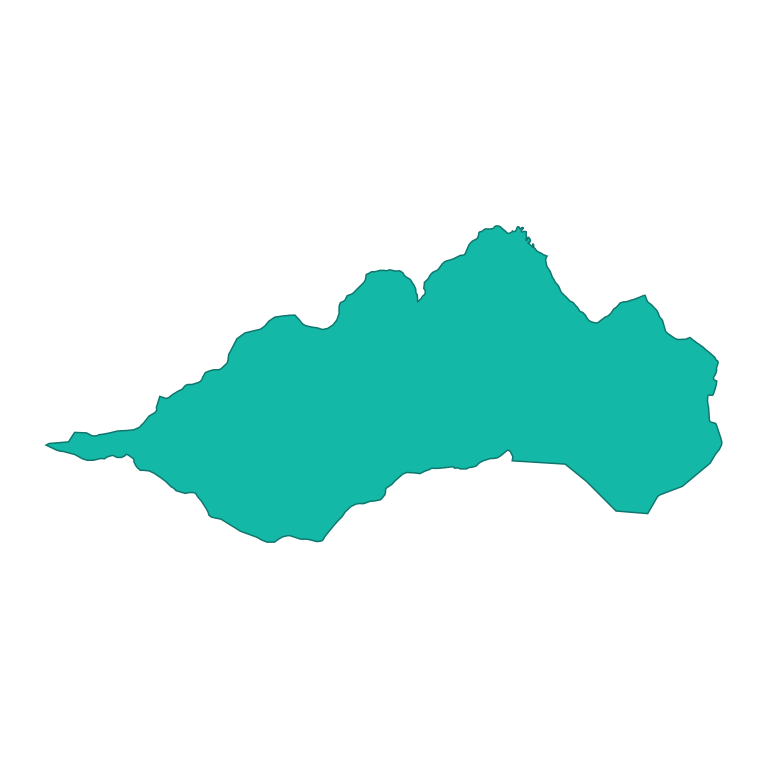 outline of Poienile Izei, Maramures, Romania
{"feature_id": "2599482B51572516473215", "entity_name": "Poienile Izei", "entity_type": "district", "adm_level": 2, "iso_a3": "ROU", "parent_name": "Romania", "parent_adm1": "Maramures", "projection": "albers", "projection_center": [24.11, 47.7], "detail": "fine", "context": "isolated", "style": "filled", "palette": "teal", "viewbox_px": 768, "rotation_deg": 0, "n_neighbors": 0, "source": "geoboundaries", "source_scale": "gbopen_adm2", "svg_char_len": 6114}
<svg xmlns="http://www.w3.org/2000/svg" viewBox="0 0 768 768"><path d="M715.5,454.2L719.3,449.5L721.5,445.0L721.9,442.2L720.6,437.5L717.9,429.3L716.0,423.9L715.5,423.5L715.0,423.2L710.4,422.0L710.0,421.6L709.8,421.2L709.3,419.2L709.0,413.5L708.5,406.8L707.8,404.0L707.5,400.5L707.7,396.9L707.9,395.8L708.2,395.5L708.9,395.1L709.2,395.1L712.1,395.3L712.6,395.1L713.3,394.3L715.2,388.7L716.3,384.5L716.7,381.5L716.6,380.9L716.1,380.9L715.4,380.5L714.5,379.9L713.8,379.6L713.7,379.4L713.5,378.2L713.7,377.4L714.2,376.3L715.8,373.5L716.5,371.0L716.6,370.0L716.5,368.3L716.5,367.6L717.5,365.1L718.1,362.6L718.1,361.9L717.9,361.3L717.3,360.7L716.0,359.9L715.2,358.1L714.8,357.3L707.8,351.2L706.4,350.3L702.7,346.9L700.5,345.4L698.2,343.7L697.0,343.0L694.1,340.7L692.3,339.5L690.8,338.1L689.9,337.5L689.2,337.8L686.0,339.1L684.4,339.4L682.8,339.3L678.8,339.5L677.1,339.3L675.5,338.7L673.9,337.8L670.3,335.2L667.8,333.6L666.3,332.1L665.5,331.0L662.6,320.7L661.9,319.5L660.1,317.5L659.3,316.2L658.2,313.1L657.2,311.1L656.6,310.2L653.5,307.0L651.6,304.9L647.8,302.0L647.4,301.4L647.1,300.7L645.2,295.8L645.1,295.4L644.9,295.4L644.4,295.4L643.2,295.7L639.5,297.3L633.7,299.5L630.9,300.2L630.2,300.6L626.7,301.6L625.0,301.9L623.4,301.9L620.0,303.0L618.3,305.2L617.5,306.0L616.7,306.9L616.2,307.4L614.4,308.5L613.8,309.0L611.0,313.1L608.8,315.3L607.9,316.0L607.2,316.4L606.0,316.7L605.0,317.2L601.4,320.0L600.0,321.0L599.0,322.0L597.5,322.7L596.2,323.0L595.3,322.9L591.2,321.8L589.8,321.0L588.6,320.1L587.7,319.2L586.4,317.1L585.3,315.1L584.1,314.0L583.6,313.2L582.9,312.6L582.0,312.2L580.2,311.5L579.8,311.2L579.4,310.7L579.0,309.8L577.5,307.5L575.3,305.2L573.5,303.0L572.5,302.2L570.1,301.1L569.4,300.5L567.6,298.5L566.8,297.8L565.6,296.5L561.7,292.8L560.7,291.2L559.0,286.9L558.5,286.1L558.1,285.4L556.0,283.1L555.0,281.8L554.7,281.3L554.0,279.6L552.6,277.8L550.3,271.7L549.4,270.2L546.9,266.5L545.7,261.0L545.6,260.0L546.2,257.5L547.1,256.1L543.0,254.5L541.8,253.5L538.9,252.2L538.1,251.6L536.8,251.1L535.3,248.8L533.7,247.5L533.7,246.0L533.6,244.6L533.1,244.0L532.7,244.2L533.2,246.6L532.8,247.1L532.4,247.0L532.0,246.2L531.2,245.5L530.4,245.1L529.7,244.2L528.3,243.3L528.2,242.5L529.1,242.4L529.5,242.5L529.7,242.4L529.8,241.6L530.5,241.0L530.4,240.1L529.8,238.9L528.7,237.4L528.3,237.4L526.9,239.7L526.6,240.4L526.2,240.5L526.1,240.4L526.1,239.5L526.6,237.4L526.5,236.6L526.1,235.1L526.3,232.6L526.3,231.9L525.1,231.4L523.9,231.4L522.8,232.0L522.0,232.0L521.4,231.3L521.3,230.7L522.6,229.2L523.3,228.3L523.2,227.7L522.4,227.5L521.6,227.8L521.0,228.6L520.5,228.8L519.7,228.6L519.5,227.7L518.9,227.0L518.2,226.7L517.6,226.8L517.0,227.6L516.7,228.7L515.9,230.6L514.9,231.4L513.5,231.5L512.4,231.0L511.8,232.1L509.3,233.3L508.4,233.4L507.0,232.8L505.4,231.2L501.0,227.5L500.2,226.6L498.3,226.0L496.5,225.9L495.3,226.2L494.7,226.7L493.6,228.1L492.5,228.6L490.2,229.0L485.5,228.9L483.6,229.9L482.5,231.0L481.7,231.5L479.9,231.8L479.0,232.5L478.4,235.7L477.7,237.6L477.1,238.5L475.3,239.6L472.6,241.0L471.3,242.1L469.0,244.8L465.1,253.8L464.6,254.5L464.0,255.0L460.3,255.4L452.8,259.1L450.3,259.9L446.6,260.9L444.5,261.9L442.4,263.7L439.0,268.4L437.5,270.1L432.8,272.3L431.2,273.9L429.7,275.8L428.5,278.3L426.6,280.3L424.4,282.4L424.2,285.4L423.7,288.3L425.2,290.6L425.2,293.8L424.0,295.0L422.4,296.3L421.3,298.4L419.9,299.7L418.1,301.6L417.5,301.6L417.5,297.6L417.1,294.6L415.8,292.4L415.8,290.3L415.6,288.7L415.1,287.6L414.0,285.3L410.2,279.4L406.0,276.9L405.0,276.1L403.9,274.7L403.0,273.0L400.9,271.4L399.0,270.7L398.0,270.9L396.5,271.1L395.0,271.0L390.3,269.9L388.8,270.0L386.6,270.9L384.0,270.3L381.2,270.5L380.7,270.2L376.5,271.4L374.2,271.7L371.4,271.8L368.6,273.5L366.2,274.6L365.6,279.1L364.2,282.1L356.9,289.3L353.7,292.7L351.1,294.4L349.3,294.9L347.1,295.8L345.0,300.2L342.9,301.6L340.5,302.5L339.2,305.8L339.0,311.7L339.2,313.2L336.8,320.1L332.9,325.0L327.5,328.5L322.4,329.5L317.1,327.8L312.3,327.2L305.6,325.7L302.2,323.6L299.2,319.7L294.9,315.1L289.6,315.3L283.4,315.9L274.9,317.1L268.9,321.1L265.0,325.9L260.5,329.2L245.0,332.9L236.9,338.8L230.6,351.0L228.7,354.3L228.2,358.2L228.1,360.0L227.6,361.6L226.9,363.3L221.3,368.5L219.3,369.7L213.4,369.8L209.2,371.0L206.3,372.1L205.1,373.0L203.0,376.7L201.6,380.1L199.4,382.1L196.2,383.2L192.0,384.5L187.8,384.5L185.7,385.3L184.1,386.9L182.2,389.2L177.7,391.4L173.0,394.3L171.2,395.5L169.1,397.4L166.3,398.5L159.8,396.4L156.4,407.4L156.7,410.3L154.8,412.7L149.0,416.1L143.7,422.9L141.1,425.4L139.7,427.2L133.7,429.8L126.9,430.5L117.5,431.0L109.4,433.0L103.2,434.2L99.0,434.7L96.8,435.8L93.8,436.0L91.1,435.4L89.7,434.5L86.5,432.9L74.6,432.4L68.5,441.9L49.0,443.5L46.1,445.1L51.1,447.5L56.7,450.1L59.8,451.1L63.4,451.5L75.0,454.6L82.4,458.8L87.4,460.3L93.7,460.2L100.6,458.5L104.5,458.8L107.0,457.0L111.2,455.7L113.0,455.4L114.8,456.3L116.2,457.1L117.2,457.4L121.1,457.5L122.9,456.8L124.9,455.8L126.2,454.3L128.2,455.0L133.8,459.0L134.0,462.0L136.0,466.0L137.6,467.9L140.3,470.3L143.7,470.3L149.2,470.9L154.2,473.3L161.6,478.3L165.7,481.4L171.3,486.9L174.0,488.4L176.1,490.7L185.2,493.4L189.3,492.5L193.6,492.6L195.6,493.4L197.8,496.9L201.0,500.6L205.8,507.9L208.0,512.0L209.0,515.3L211.6,517.2L221.1,519.2L240.6,531.3L257.0,537.3L262.1,540.2L267.0,542.1L274.5,542.1L279.1,538.8L282.5,536.9L286.9,535.8L289.8,535.6L300.4,539.1L303.8,539.2L307.2,539.2L310.5,539.9L317.0,541.6L321.3,541.0L323.0,539.9L325.1,536.2L333.9,525.4L337.8,521.0L342.1,516.6L345.1,512.1L350.2,507.2L352.0,505.9L353.3,505.4L355.7,504.2L359.3,503.5L362.9,503.7L365.0,503.2L370.1,501.3L374.4,501.0L380.4,499.8L381.4,499.0L384.9,494.7L385.4,492.5L385.8,488.5L391.8,484.4L394.9,481.0L402.7,474.1L407.0,472.4L410.0,472.7L412.7,472.7L419.9,473.6L425.5,470.9L429.4,469.6L431.5,468.3L437.2,468.4L444.8,467.7L453.0,466.7L454.7,468.2L458.2,467.9L460.3,468.9L466.5,468.9L468.8,467.6L472.1,467.2L476.1,466.1L479.2,462.9L483.0,460.9L490.0,458.6L494.0,458.4L497.1,457.9L500.7,455.8L506.0,451.4L508.0,450.0L510.3,451.5L512.9,456.7L512.2,460.8L565.2,464.1L586.8,481.7L616.0,511.0L647.7,513.6L657.6,496.5L660.1,494.8L682.4,486.3L710.1,463.2L715.5,454.2Z" fill="#14b8a6" stroke="#0f766e" stroke-width="1.5"/></svg>